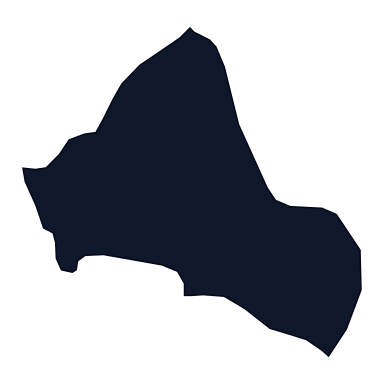 Pehčevo, Natural Earth projection
{"feature_id": "MKD-3007", "entity_name": "Pehčevo", "entity_type": "Statistical Region", "adm_level": 1, "iso_a3": "MKD", "parent_name": "North Macedonia", "parent_adm1": "", "projection": "natural_earth1", "projection_center": [22.871, 41.774], "detail": "fine", "context": "isolated", "style": "filled", "palette": "ink", "viewbox_px": 384, "rotation_deg": 0, "n_neighbors": 0, "source": "natural_earth", "source_scale": "10m", "svg_char_len": 773}
<svg xmlns="http://www.w3.org/2000/svg" viewBox="0 0 384 384"><path d="M189.9,28.0L193.9,32.2L209.6,40.1L215.8,46.9L224.2,66.8L238.5,124.6L267.2,188.1L275.5,200.5L290.2,206.7L322.0,208.3L336.3,214.6L360.0,250.1L361.0,289.9L346.3,329.1L328.6,356.0L328.0,355.5L321.6,349.9L306.4,339.5L288.5,333.9L270.0,328.3L244.5,308.3L224.1,296.2L203.1,294.6L191.6,295.4L184.5,295.4L184.5,283.4L177.6,271.3L162.2,264.9L103.5,254.5L85.1,255.3L77.5,260.9L76.2,269.8L72.3,272.2L61.5,269.8L56.4,258.5L55.7,242.5L53.2,232.9L43.7,228.0L36.1,205.6L25.3,181.5L23.0,168.2L35.4,169.5L46.2,167.9L59.6,154.3L69.2,139.9L84.4,134.2L95.9,132.6L103.0,119.8L113.8,98.1L122.1,83.7L139.9,65.3L163.6,49.2L180.0,38.0L185.6,32.4L189.7,28.2L189.9,28.0Z" fill="#0f172a" stroke="#020617" stroke-width="1.5"/></svg>